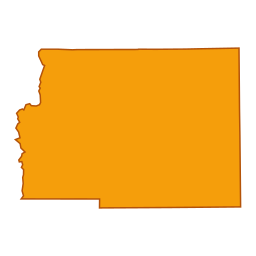 Colfax, New Mexico, United States of America (orthographic projection)
{"feature_id": "52423323B4860055459103", "entity_name": "Colfax", "entity_type": "district", "adm_level": 2, "iso_a3": "USA", "parent_name": "United States of America", "parent_adm1": "New Mexico", "projection": "orthographic", "projection_center": [-105.078, 36.607], "detail": "fine", "context": "isolated", "style": "filled", "palette": "amber", "viewbox_px": 256, "rotation_deg": 0, "n_neighbors": 0, "source": "geoboundaries", "source_scale": "gbopen_adm2", "svg_char_len": 846}
<svg xmlns="http://www.w3.org/2000/svg" viewBox="0 0 256 256"><path d="M239.0,48.1L199.5,48.8L185.1,49.1L155.6,49.3L138.5,49.2L138.3,49.4L135.1,49.5L120.9,49.5L77.2,49.6L72.5,49.8L57.5,49.2L55.0,49.2L52.0,49.2L41.3,49.2L38.7,51.9L38.7,55.9L42.7,64.6L44.6,65.5L39.8,79.3L40.8,82.2L39.1,86.6L40.2,88.1L38.8,91.0L40.2,94.9L40.6,102.5L39.5,104.7L36.3,106.0L31.3,105.7L29.7,103.7L26.0,104.7L23.8,109.9L22.4,109.0L19.6,110.0L16.6,113.3L18.3,117.0L17.7,118.8L19.7,122.3L17.8,123.9L15.9,128.1L18.6,132.0L20.0,137.8L15.4,139.6L20.1,143.6L20.9,148.0L25.0,152.0L22.1,153.7L21.6,156.3L18.8,160.0L19.3,161.9L21.8,161.6L22.7,164.8L21.4,167.4L23.6,169.6L23.5,174.7L22.7,177.5L23.2,183.5L22.1,190.8L23.5,195.8L21.2,198.9L99.6,199.0L99.5,207.9L170.3,207.5L240.6,206.9L239.9,135.6L239.5,109.0L239.0,48.1Z" fill="#f59e0b" stroke="#b45309" stroke-width="1.5"/></svg>